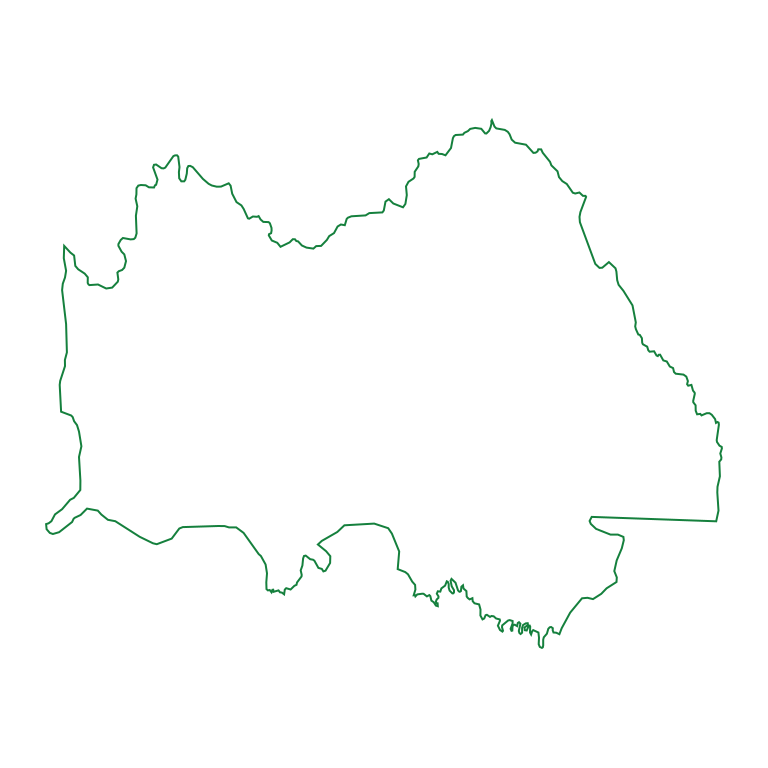 Punia, Maniema, Democratic Republic of the Congo
{"feature_id": "63176286B1925057871065", "entity_name": "Punia", "entity_type": "district", "adm_level": 2, "iso_a3": "COD", "parent_name": "Democratic Republic of the Congo", "parent_adm1": "Maniema", "projection": "equal_earth", "projection_center": [26.813, -1.707], "detail": "fine", "context": "isolated", "style": "outline", "palette": "green", "viewbox_px": 768, "rotation_deg": 0, "n_neighbors": 0, "source": "geoboundaries", "source_scale": "gbopen_adm2", "svg_char_len": 6078}
<svg xmlns="http://www.w3.org/2000/svg" viewBox="0 0 768 768"><path d="M413.7,595.3L415.0,595.2L415.4,596.4L417.3,594.4L422.3,593.7L423.6,593.8L426.9,596.4L429.3,595.1L430.3,596.1L431.4,600.6L433.7,602.2L435.9,605.6L437.8,606.2L437.6,603.3L436.5,603.2L435.9,601.5L436.7,599.5L438.4,597.9L438.5,596.4L436.8,593.7L437.8,591.3L440.3,591.6L441.4,588.4L445.1,585.6L446.8,581.3L447.8,581.8L448.7,584.0L448.7,587.6L449.6,590.6L452.4,593.4L453.4,593.3L454.0,592.3L454.0,590.2L451.7,586.3L450.6,580.7L451.5,578.9L455.5,582.7L458.0,590.3L458.9,591.4L459.8,591.8L460.9,591.1L461.4,586.7L463.0,585.3L463.5,588.5L466.4,591.1L466.7,596.5L467.7,597.9L469.6,599.4L472.4,598.2L472.7,601.2L474.5,603.3L479.1,604.4L480.5,609.5L480.4,615.5L482.5,619.4L484.2,618.5L485.6,615.2L486.9,614.8L490.0,616.9L491.5,616.0L493.7,616.3L496.1,618.5L499.7,619.4L500.0,620.7L497.9,625.7L500.0,630.0L502.4,631.6L503.0,630.8L502.0,627.2L502.2,625.4L508.1,620.5L509.7,620.1L512.6,621.0L512.6,623.4L510.6,628.9L511.5,630.8L512.3,630.6L512.5,626.6L513.2,625.1L514.7,624.7L517.1,626.1L517.8,623.0L519.0,622.2L520.4,623.7L518.8,631.0L519.4,633.0L520.6,634.0L522.1,632.7L522.1,627.9L523.0,625.1L525.7,623.4L527.7,623.2L528.0,624.9L524.5,627.5L524.8,630.2L526.7,630.5L528.7,625.9L529.7,625.6L530.2,626.6L530.0,632.5L531.1,634.5L532.1,631.4L533.2,630.1L538.4,632.5L539.0,637.7L538.7,644.2L539.8,646.9L541.9,647.9L542.8,647.3L543.2,645.5L543.2,639.7L543.8,637.3L546.9,633.7L548.3,628.8L549.7,627.3L551.1,627.0L552.8,628.2L552.7,630.3L553.5,632.5L556.2,632.7L559.4,634.2L561.7,628.2L570.2,612.6L582.0,598.3L587.5,597.8L593.0,599.1L601.3,593.8L606.6,588.3L616.5,582.0L616.8,577.4L614.3,571.1L616.7,560.4L621.8,548.3L623.8,540.2L623.4,536.9L617.9,534.6L610.5,534.6L596.1,528.9L590.8,523.9L589.6,521.0L591.7,516.9L716.2,521.3L718.5,510.6L717.3,492.5L717.5,486.8L719.9,476.3L719.3,461.7L721.2,459.4L721.4,457.4L720.3,453.5L721.9,448.4L721.7,446.9L719.5,445.7L717.0,442.0L716.7,440.1L718.9,424.7L718.6,422.6L717.4,422.0L716.0,422.9L715.1,419.1L711.8,414.8L709.5,413.2L706.7,413.2L701.5,415.4L700.3,413.9L697.1,414.3L695.7,410.7L695.6,405.3L693.3,402.3L693.2,400.9L694.8,393.8L694.6,392.6L693.0,390.6L691.4,384.9L688.2,385.7L687.1,384.2L687.9,381.1L686.3,376.6L683.5,374.6L675.7,373.7L674.0,372.0L673.1,368.1L669.8,366.5L666.8,361.5L663.3,360.4L660.1,354.7L658.7,354.8L657.8,356.1L656.5,355.5L654.1,351.3L649.6,351.7L648.3,350.3L647.2,346.7L642.9,344.3L642.2,342.8L641.9,338.2L639.8,334.9L638.3,334.5L635.9,329.2L635.2,326.4L635.8,322.4L632.5,305.4L623.4,290.8L618.6,284.8L617.2,280.2L616.4,271.6L615.5,268.3L608.9,262.1L602.3,267.7L599.5,267.9L595.3,263.9L579.9,222.2L579.5,216.9L580.4,212.1L586.1,196.9L585.5,195.9L583.0,195.9L579.4,192.5L575.2,193.5L572.8,192.7L566.8,184.0L562.3,181.1L559.0,177.1L557.5,171.3L551.4,165.4L550.0,161.8L542.7,152.7L541.2,149.4L538.3,149.3L537.5,151.4L535.6,152.7L533.4,152.9L526.0,144.7L515.1,142.7L511.7,139.6L509.6,134.3L507.8,131.8L504.8,129.9L496.3,128.4L494.5,126.6L491.9,120.1L491.3,121.1L491.5,123.3L490.6,127.2L489.1,130.8L486.4,133.5L485.1,133.4L481.3,128.8L475.2,127.9L470.2,128.9L467.9,131.1L464.4,132.8L462.9,134.6L455.6,135.0L453.9,136.2L452.9,138.2L451.0,148.0L445.5,155.3L442.0,154.0L438.6,153.8L437.3,151.9L432.3,154.3L429.3,153.5L426.6,157.5L419.0,158.9L417.9,160.3L418.7,164.0L418.3,166.4L414.7,171.8L414.6,176.9L413.5,178.5L408.5,181.8L406.0,186.4L406.8,195.1L405.4,203.9L403.0,207.3L393.3,203.5L388.9,199.2L385.5,201.6L383.8,210.5L382.4,212.4L369.3,213.1L365.6,215.4L351.4,216.3L347.9,217.7L346.7,218.9L344.8,225.2L340.9,224.5L337.6,226.5L334.0,233.1L329.2,236.1L326.9,239.9L321.1,245.9L316.2,246.1L313.4,248.6L306.5,247.6L301.9,245.5L298.1,241.4L296.3,241.0L295.0,239.3L292.8,239.2L289.6,242.4L280.5,246.8L277.3,242.8L271.8,240.5L268.8,235.4L269.0,234.2L271.1,233.2L271.6,230.5L271.5,227.9L269.9,223.3L268.6,222.1L263.3,221.9L260.6,219.5L258.6,216.1L257.1,216.8L252.9,216.5L249.2,218.7L247.9,218.3L243.7,209.0L241.4,205.4L236.5,202.1L232.2,193.7L230.6,185.7L228.7,183.3L221.0,186.6L216.8,186.7L211.8,185.5L208.6,183.8L202.9,178.9L192.8,167.2L190.2,165.9L188.4,166.0L187.2,168.2L186.8,173.6L185.3,179.8L184.2,181.3L181.3,181.3L179.2,178.3L178.9,172.1L179.5,167.1L178.2,156.6L177.0,155.3L175.0,155.4L173.4,156.1L165.3,167.6L163.6,168.4L161.5,168.2L156.1,164.5L154.0,164.8L153.1,167.4L157.5,179.6L156.1,184.8L155.0,185.3L154.0,187.5L148.9,187.3L145.7,185.3L140.9,185.0L138.3,185.6L136.5,188.2L136.4,194.4L135.6,198.6L137.3,206.3L135.9,215.8L136.6,233.4L135.3,237.7L133.8,239.1L130.6,239.4L122.9,238.0L120.7,240.0L118.4,244.1L118.4,245.8L121.6,251.7L124.3,254.4L126.0,261.1L124.3,267.7L122.1,270.0L118.8,271.2L117.4,272.6L118.3,279.4L117.8,281.7L112.2,287.6L106.2,288.5L98.0,284.5L89.4,285.1L88.4,284.3L87.7,282.9L87.8,277.3L84.7,273.6L78.2,269.3L75.3,265.9L74.1,255.5L70.4,252.6L64.2,245.9L63.8,258.2L66.1,270.8L65.0,277.5L62.8,283.7L62.1,290.1L66.1,324.1L66.9,352.4L64.9,360.0L65.0,366.1L60.2,380.9L59.7,384.9L61.1,411.7L71.2,415.5L72.7,417.1L74.1,421.2L77.0,425.1L79.0,431.6L81.4,446.3L79.0,457.0L80.4,480.6L80.3,490.0L73.8,497.9L70.1,499.8L62.1,509.2L55.0,514.4L51.4,521.2L48.6,523.3L46.1,524.1L46.6,529.2L49.8,532.9L52.9,534.0L59.1,532.2L72.1,522.0L73.6,518.8L74.7,517.8L80.6,515.0L87.0,508.6L97.8,510.6L101.3,514.5L107.9,519.8L115.3,521.2L139.7,536.8L153.0,543.3L156.8,544.2L171.7,538.6L179.3,528.5L182.8,527.1L218.3,526.0L224.7,526.1L229.0,527.4L236.2,527.4L243.6,532.9L258.7,554.1L260.9,556.0L265.6,564.5L267.0,573.4L266.3,582.3L266.5,589.1L267.9,590.4L269.7,590.0L271.5,592.3L272.4,589.8L273.2,589.7L273.6,591.8L278.5,590.4L280.0,592.3L281.9,592.6L284.1,594.3L284.8,589.6L286.2,588.2L290.6,589.5L294.4,585.8L296.5,584.8L297.0,582.5L301.5,576.5L301.7,574.9L300.7,570.4L302.4,565.5L303.1,558.5L304.0,556.0L305.7,555.6L310.2,559.2L313.0,559.7L314.4,560.7L318.4,567.9L321.8,568.9L323.4,571.4L325.5,570.7L330.1,563.0L330.3,556.2L326.1,551.2L317.9,544.5L321.8,540.9L337.3,532.0L344.4,525.3L374.2,523.6L388.2,528.2L391.9,533.6L399.2,551.5L397.7,569.1L405.3,572.1L408.0,574.3L412.2,581.6L415.1,584.9L415.4,589.6L413.7,595.3Z" fill="none" stroke="#15803d" stroke-width="2"/></svg>